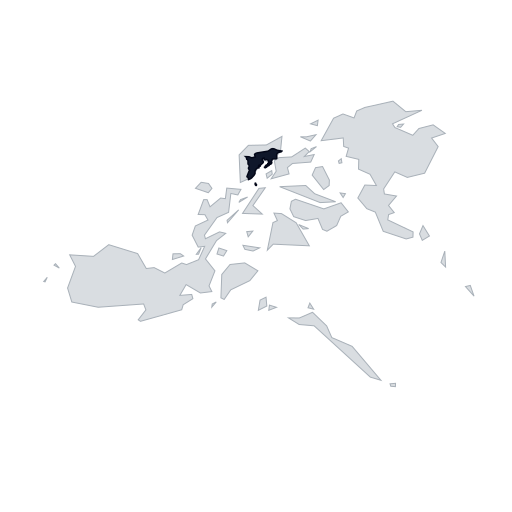 location of Samar within Philippines, rotated 265°
{"feature_id": "PHL-2584", "entity_name": "Samar", "entity_type": "Province", "adm_level": 1, "iso_a3": "PHL", "parent_name": "Philippines", "parent_adm1": "", "projection": "orthographic", "projection_center": [124.838, 11.713], "detail": "fine", "context": "in_parent", "style": "filled", "palette": "ink", "viewbox_px": 512, "rotation_deg": 265, "n_neighbors": 0, "source": "natural_earth", "source_scale": "10m", "svg_char_len": 6292}
<svg xmlns="http://www.w3.org/2000/svg" viewBox="0 0 512 512"><g transform="rotate(265 256 256)"><path d="M240.5,65.5L261.4,75.3L273.4,70.5L269.8,94.1L280.1,110.3L268.7,138.3L253.1,145.6L253.3,153.5L247.0,163.7L255.5,181.4L253.5,186.0L257.3,198.5L270.1,205.7L269.9,199.2L282.3,194.2L291.2,198.2L296.0,211.3L301.6,208.7L302.4,202.0L316.7,208.8L316.4,212.2L309.0,214.5L316.8,225.8L315.8,230.5L326.2,232.8L323.7,246.8L318.4,243.2L320.5,236.4L301.9,232.5L297.7,220.5L281.3,206.5L277.6,207.1L283.2,221.8L281.2,227.8L274.8,218.0L257.5,205.4L244.8,213.8L230.3,206.6L224.4,208.9L224.0,197.4L233.6,183.9L223.4,176.7L223.3,188.6L219.0,189.4L213.8,179.2L208.9,177.3L201.0,135.2L202.7,133.1L211.9,141.6L218.0,139.9L218.7,94.3L226.2,68.5L240.5,65.5ZM365.2,331.0L386.5,345.3L389.9,355.0L385.0,365.7L391.7,369.0L394.5,377.4L398.3,405.9L386.7,417.8L386.7,434.0L375.8,403.5L371.8,405.6L362.6,422.7L368.8,429.4L371.2,443.9L361.6,455.2L358.2,441.2L349.1,447.0L323.8,431.2L321.1,413.6L327.7,401.6L311.7,389.0L306.6,389.3L303.5,401.2L294.8,392.4L287.2,397.5L285.7,391.7L280.5,390.4L266.3,414.6L261.1,414.0L259.9,407.1L269.5,384.9L289.3,378.7L293.5,370.5L304.9,362.5L317.2,370.6L315.7,382.1L327.5,376.7L333.6,365.7L343.3,366.8L347.4,354.5L355.4,357.6L357.5,352.9L366.0,353.2L365.2,331.0ZM301.6,345.4L291.9,351.8L288.2,343.9L279.3,339.0L274.5,328.8L276.7,324.6L288.0,321.0L287.0,308.5L291.9,297.0L300.0,293.9L307.4,296.0L309.1,300.3L297.0,327.7L301.6,345.4ZM358.2,248.0L366.9,258.1L365.7,276.0L372.9,292.3L358.1,289.5L352.2,283.6L348.8,277.1L351.1,270.9L335.0,259.3L330.6,246.8L358.2,248.0ZM260.8,267.8L287.8,275.8L289.4,280.4L297.2,277.6L296.0,285.1L285.6,298.9L261.5,310.0L266.3,274.2L260.8,267.8ZM157.6,343.9L121.3,369.6L125.4,359.3L181.4,307.8L184.0,293.0L191.5,283.0L190.5,293.8L195.0,307.4L180.2,320.3L168.1,324.4L157.6,343.9ZM217.4,217.4L240.6,220.3L249.8,229.4L250.1,244.2L241.1,256.6L232.0,247.7L224.5,227.9L215.5,220.5L217.4,217.4ZM338.7,283.5L349.2,282.6L352.0,287.5L351.6,300.2L359.2,314.5L355.4,318.1L350.9,312.8L352.0,322.8L344.8,318.7L345.0,300.4L341.3,295.0L334.9,296.1L331.6,277.8L338.7,283.5ZM303.1,340.1L303.6,324.6L323.0,285.6L321.9,311.7L312.9,319.9L303.1,340.1ZM339.3,330.1L325.3,335.7L319.8,335.0L316.3,329.2L331.7,319.0L338.8,323.0L339.3,330.1ZM299.6,246.3L323.1,264.8L323.2,271.2L306.5,257.3L297.2,265.9L299.6,246.3ZM332.4,215.0L327.2,218.0L323.2,214.0L328.7,201.6L334.2,207.8L332.4,215.0ZM271.7,425.0L260.8,430.5L257.1,423.0L263.8,420.8L271.7,425.0ZM201.7,253.6L211.7,256.2L214.1,262.4L205.2,262.4L201.7,253.6ZM261.4,217.3L267.2,219.7L263.9,227.4L258.8,223.6L261.4,217.3ZM233.4,439.7L244.4,444.5L228.5,443.9L233.4,439.7ZM371.6,326.3L365.8,320.2L370.9,310.6L370.3,316.4L371.6,326.3ZM267.8,243.9L263.8,260.3L261.2,253.5L263.6,245.5L267.8,243.9ZM207.3,462.0L208.0,466.9L197.0,469.7L207.3,462.0ZM265.4,173.5L264.9,180.8L262.3,183.9L259.8,172.4L265.4,173.5ZM283.6,301.3L278.7,310.8L278.7,305.3L283.6,301.3ZM205.9,265.1L203.1,271.9L200.8,264.0L205.9,265.1ZM339.7,279.1L336.1,279.3L332.5,273.9L336.9,273.2L339.7,279.1ZM281.1,248.9L281.1,255.0L275.8,249.9L281.1,248.9ZM385.9,329.7L380.5,328.5L382.9,321.9L385.9,329.7ZM294.1,230.3L303.5,242.8L291.6,230.5L294.1,230.3ZM204.4,305.5L198.0,308.8L199.9,303.3L204.4,305.5ZM311.5,345.3L310.3,350.5L306.7,347.9L311.5,345.3ZM313.5,245.5L315.5,252.8L310.9,243.6L313.5,245.5ZM117.0,383.9L113.7,383.5L114.5,378.9L117.0,378.4L117.0,383.9ZM345.5,349.4L341.4,349.7L341.0,346.9L343.5,346.4L345.5,349.4ZM374.6,414.5L371.6,411.3L372.5,407.9L374.6,409.5L374.6,414.5ZM212.0,208.2L213.7,212.4L208.9,207.5L212.0,208.2ZM358.1,320.3L359.7,325.8L355.2,319.1L358.1,320.3ZM265.8,55.6L261.1,59.0L264.5,54.0L265.8,55.6ZM269.1,202.1L262.8,198.9L262.9,196.7L269.1,202.1ZM249.1,42.3L253.0,46.2L248.6,43.6L249.1,42.3Z" fill="#d9dde1" stroke="#a8b0b8" stroke-width="1"/><path d="M358.3,291.0L358.1,290.9L357.9,290.6L357.7,290.3L357.5,289.9L357.4,288.3L357.1,287.0L356.3,285.9L355.1,285.4L353.8,285.3L352.5,285.4L351.3,285.1L351.0,284.3L351.2,281.9L351.2,281.6L351.2,281.4L351.3,281.2L351.2,280.9L350.6,280.4L350.4,280.3L350.0,280.3L349.8,280.2L349.4,280.0L349.1,279.6L348.8,279.2L348.6,278.8L348.2,279.7L347.9,279.9L347.4,279.8L347.0,279.6L346.7,279.4L346.4,279.0L346.2,278.6L346.6,278.4L346.9,278.1L347.1,277.8L347.4,277.6L347.9,277.4L348.3,277.4L348.4,277.2L348.0,276.7L349.7,276.7L350.1,276.5L350.6,276.1L351.0,275.5L351.2,275.1L351.2,274.6L351.1,274.2L351.0,273.7L351.1,273.3L351.8,272.7L352.2,272.0L352.4,272.2L352.8,272.4L352.8,271.7L352.5,271.1L352.0,270.7L351.3,270.6L350.8,270.7L349.6,271.4L349.1,271.6L348.1,271.0L346.3,268.5L345.2,268.1L345.2,267.9L345.4,267.9L345.6,267.9L345.3,267.8L345.2,267.7L345.6,266.9L345.7,267.0L345.9,267.0L346.0,267.1L346.2,267.3L346.1,266.7L345.6,266.4L345.2,266.4L344.7,266.9L344.2,266.8L343.9,266.5L344.4,266.3L344.2,266.0L344.1,265.9L343.8,265.9L343.6,266.1L343.5,265.3L343.4,264.8L343.3,264.5L341.8,263.0L340.7,262.5L339.5,262.2L338.6,262.3L337.7,261.9L336.4,260.9L335.0,259.3L334.4,258.7L334.5,258.6L333.9,258.0L333.4,257.2L332.8,255.2L334.5,255.1L335.0,254.9L335.3,254.4L335.7,253.9L336.2,254.0L341.0,256.4L341.8,257.0L342.2,257.0L342.7,256.7L343.3,256.3L343.7,256.2L344.0,256.1L344.7,256.3L345.3,256.7L346.0,257.1L346.7,257.1L347.4,256.7L347.8,256.4L348.3,256.1L349.0,256.1L351.3,256.3L352.1,256.2L352.4,256.1L352.6,255.9L353.0,255.5L353.2,255.2L353.5,255.2L354.1,255.1L355.1,254.9L355.6,254.7L355.9,254.4L355.6,256.9L355.3,258.1L354.3,260.0L354.3,261.3L354.8,263.9L357.2,263.4L357.5,263.5L357.8,263.9L358.3,264.8L358.6,266.0L359.4,277.0L359.7,277.8L361.2,280.3L361.5,281.4L361.4,282.5L361.1,283.5L359.6,286.1L359.1,287.8L358.3,291.0ZM345.8,274.9L346.0,275.2L346.2,275.4L346.5,275.6L347.0,275.7L346.9,276.0L346.8,276.3L346.8,277.0L346.7,277.4L346.5,277.6L346.3,277.8L345.6,276.9L345.6,276.5L345.4,276.4L345.0,276.7L344.6,275.7L344.8,275.8L345.0,275.9L344.9,275.4L344.6,275.0L344.3,274.6L343.9,274.5L343.6,274.3L343.5,274.0L343.4,273.6L343.3,273.3L343.1,273.1L343.1,272.8L343.4,272.2L343.6,272.2L343.6,272.3L343.9,272.6L344.9,273.2L345.0,273.3L345.2,273.6L345.2,273.8L345.3,274.0L345.8,274.2L345.8,274.5L345.8,274.9ZM328.0,261.4L328.6,261.6L328.6,261.9L328.1,262.0L327.7,262.3L327.1,262.7L326.7,262.7L326.3,262.5L326.2,262.2L326.4,261.9L326.8,261.6L327.3,261.4L328.0,261.4Z" fill="#0f172a" stroke="#020617" stroke-width="1.5"/></g></svg>